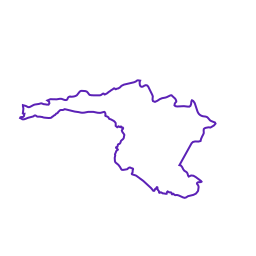 outline of Niari, rotated 131°
{"feature_id": "COG-3345", "entity_name": "Niari", "entity_type": "Region", "adm_level": 1, "iso_a3": "COG", "parent_name": "Republic of the Congo", "parent_adm1": "", "projection": "albers", "projection_center": [12.665, -3.355], "detail": "fine", "context": "isolated", "style": "outline", "palette": "violet", "viewbox_px": 256, "rotation_deg": 131, "n_neighbors": 0, "source": "natural_earth", "source_scale": "10m", "svg_char_len": 5465}
<svg xmlns="http://www.w3.org/2000/svg" viewBox="0 0 256 256"><g transform="rotate(131 128 128)"><path d="M179.7,222.3L178.4,219.6L177.9,217.5L177.6,216.8L177.0,216.2L176.1,215.7L172.4,214.3L171.3,213.6L168.4,211.1L166.7,210.0L166.1,209.4L165.4,207.4L164.3,205.8L163.8,204.9L162.5,203.3L161.0,203.5L159.9,204.8L160.1,206.9L157.2,205.5L153.2,200.7L150.8,198.7L149.6,197.3L148.5,194.4L147.6,193.1L146.6,192.6L145.9,192.7L145.1,193.0L144.2,193.2L143.3,193.0L142.2,192.4L142.0,191.7L140.3,190.0L139.1,189.1L138.4,188.7L137.5,188.3L136.9,188.1L136.3,188.1L132.4,188.3L131.9,188.2L131.5,188.1L131.0,187.9L130.4,187.4L128.2,184.5L127.8,183.6L127.6,183.0L127.6,182.5L127.6,182.1L128.2,179.2L128.2,178.8L128.0,178.3L127.6,177.7L127.0,176.7L121.9,170.8L121.3,170.3L120.7,170.0L118.6,169.5L118.2,169.2L118.0,168.8L118.0,168.4L118.1,168.1L118.1,167.8L118.1,167.7L117.7,167.4L117.0,167.1L115.7,166.6L114.9,166.4L113.7,166.3L112.2,165.8L110.6,165.5L108.8,164.9L107.5,164.7L107.2,164.5L107.0,164.2L106.9,163.8L107.0,163.1L106.9,162.8L106.5,162.5L105.5,162.1L104.5,161.3L102.6,160.7L100.6,160.6L100.0,160.4L97.9,159.5L89.6,153.5L87.8,152.6L86.5,152.4L85.9,152.1L85.5,151.8L84.3,149.9L85.4,149.5L86.7,148.5L87.8,147.2L88.3,145.8L87.8,144.5L86.6,143.8L85.2,143.4L83.9,142.6L83.3,141.3L83.5,139.9L87.0,131.6L87.8,130.1L90.5,128.1L91.3,126.8L90.6,124.8L88.2,123.7L85.3,122.9L83.1,121.8L80.6,119.8L79.3,119.0L75.8,117.5L75.3,117.2L74.8,116.7L74.7,116.4L74.8,116.1L74.9,111.8L75.2,110.7L76.0,109.2L76.6,108.8L77.5,108.9L78.9,108.7L80.4,107.8L80.4,106.5L79.5,105.0L74.8,100.1L72.7,97.0L71.7,95.8L70.4,95.4L68.7,96.0L66.2,97.7L65.1,97.9L64.8,96.5L65.4,94.1L65.6,93.7L70.0,86.3L70.6,84.8L70.9,83.5L70.9,82.2L70.6,80.6L70.0,79.2L68.4,76.8L67.9,75.5L67.9,74.4L68.4,71.0L68.1,69.6L66.8,66.0L67.3,64.8L69.7,64.8L72.8,65.8L73.7,66.2L74.0,66.7L74.3,67.2L74.8,67.8L76.8,69.4L78.0,70.0L79.0,70.1L80.0,69.5L82.1,67.5L83.5,67.0L85.7,66.5L88.3,65.7L90.2,64.7L90.8,65.1L92.0,65.9L94.1,68.5L95.9,69.8L97.8,70.0L122.3,64.8L121.6,63.4L122.0,61.4L122.9,59.3L123.3,57.5L122.9,55.0L123.0,54.1L123.4,53.1L124.5,51.4L124.8,50.3L122.4,49.2L121.1,47.3L120.6,44.8L120.1,38.1L120.3,37.3L121.0,37.5L121.7,38.2L122.9,39.5L124.0,39.8L124.8,39.4L125.0,38.8L125.1,38.1L125.2,37.6L125.6,36.8L125.9,36.4L126.2,36.0L129.3,34.0L129.9,33.8L133.0,33.7L135.6,34.8L139.7,37.7L139.9,37.9L142.5,38.7L143.6,39.5L144.3,41.0L145.6,45.4L146.2,46.7L146.5,47.2L147.5,48.1L147.8,48.5L148.0,49.9L147.9,49.9L147.9,50.2L147.9,50.6L148.0,50.9L149.1,51.2L149.1,51.6L148.9,52.0L148.7,52.3L148.5,52.7L148.4,53.1L148.5,53.5L149.3,54.3L149.6,54.8L149.6,55.4L149.9,56.5L150.8,56.5L152.3,55.7L152.8,56.2L153.9,58.1L154.5,58.8L154.8,60.5L155.0,61.0L155.4,61.4L155.8,61.4L156.1,61.5L156.3,62.2L155.7,62.7L155.4,63.2L155.3,63.9L155.2,64.4L155.1,64.9L154.8,65.4L154.5,65.9L153.8,66.5L153.5,67.0L153.7,67.4L154.5,67.4L155.2,66.6L155.7,67.1L156.1,67.5L156.4,67.5L156.8,67.4L157.3,67.2L157.7,67.0L158.2,67.0L158.5,67.3L158.8,67.7L158.7,68.3L158.2,71.1L157.9,81.6L158.6,90.4L158.9,91.4L160.2,94.3L160.3,94.7L160.1,95.1L159.6,95.3L158.6,95.4L158.1,95.7L157.3,96.4L156.8,96.7L156.0,97.0L155.7,97.2L155.5,97.5L155.5,98.0L155.7,98.3L156.1,99.1L156.3,100.1L156.5,100.5L156.8,100.9L157.1,101.1L158.5,101.5L159.4,101.5L159.8,101.7L162.6,104.0L163.0,104.4L163.4,104.9L163.6,105.4L163.5,105.9L163.5,106.2L162.7,108.3L162.1,111.1L162.2,114.7L162.0,115.4L161.5,116.2L159.3,118.4L157.7,119.3L157.0,119.7L156.5,120.5L155.5,120.9L155.1,121.0L154.7,121.1L153.2,121.7L152.8,121.7L152.3,121.7L151.4,121.5L151.1,121.4L150.9,121.5L150.8,122.0L150.8,123.7L150.8,124.0L150.6,124.2L150.1,124.3L149.8,124.1L149.4,123.7L149.0,123.7L148.6,123.9L147.7,124.4L147.2,124.7L146.7,124.7L146.4,124.6L145.7,124.1L145.3,124.0L145.0,124.0L144.6,124.0L144.0,124.1L143.8,124.2L142.7,124.7L142.4,124.8L142.1,124.8L141.7,124.8L139.8,124.5L139.0,124.5L138.6,124.6L138.3,124.7L137.9,124.9L137.0,125.5L136.2,125.9L136.0,126.0L135.8,126.1L135.5,126.4L135.4,126.7L135.3,126.9L134.7,129.6L134.2,130.6L134.1,130.8L134.0,131.0L133.7,131.1L133.4,131.2L132.2,131.2L131.7,131.4L131.4,131.5L131.2,131.7L131.1,132.4L131.9,133.1L131.5,133.9L131.5,134.3L132.1,134.4L132.5,134.6L132.7,135.1L132.8,135.8L133.0,136.3L133.6,136.4L134.2,136.4L134.5,136.6L134.5,138.7L132.9,140.0L132.3,140.7L132.2,141.1L132.1,141.6L132.0,142.3L132.0,143.4L132.7,146.5L133.4,148.2L133.3,148.7L132.8,149.7L132.9,150.7L133.0,151.2L133.7,152.9L133.5,153.3L133.2,153.6L132.8,153.7L132.4,154.0L132.0,154.5L131.6,155.1L131.3,156.0L131.4,156.5L131.8,156.8L133.6,158.0L134.6,158.7L135.0,159.1L136.4,160.9L138.6,164.8L141.9,168.6L142.4,169.0L145.1,171.1L146.4,172.4L147.2,173.5L148.4,175.7L150.5,178.9L154.9,187.4L155.5,188.3L155.8,188.4L156.1,188.4L156.7,188.7L157.3,189.1L158.3,190.3L158.9,190.8L159.5,191.0L160.5,191.0L161.5,191.2L161.9,191.1L162.4,191.0L162.9,191.0L163.3,191.1L163.8,191.4L164.2,191.6L164.7,191.6L165.6,191.6L166.0,191.6L166.9,192.0L167.4,192.1L167.9,192.2L168.3,192.2L169.3,192.6L170.3,192.6L171.2,193.1L172.5,194.4L175.1,198.0L175.7,199.1L176.0,200.0L176.6,200.8L177.2,201.9L177.9,202.7L178.5,203.4L178.9,203.9L179.0,204.3L179.1,205.4L179.3,206.1L179.7,206.6L180.1,206.8L181.1,207.0L181.6,207.2L186.0,210.2L188.4,211.4L189.5,212.1L190.1,212.6L190.5,213.1L190.7,213.5L190.8,214.0L191.1,215.8L191.2,216.0L190.6,216.2L189.9,215.9L188.7,214.6L187.9,214.3L187.2,214.4L185.2,215.5L185.8,216.1L186.0,216.6L185.9,217.1L185.2,217.4L182.0,219.7L180.3,221.8L179.7,222.3Z" fill="none" stroke="#5b21b6" stroke-width="2"/></g></svg>